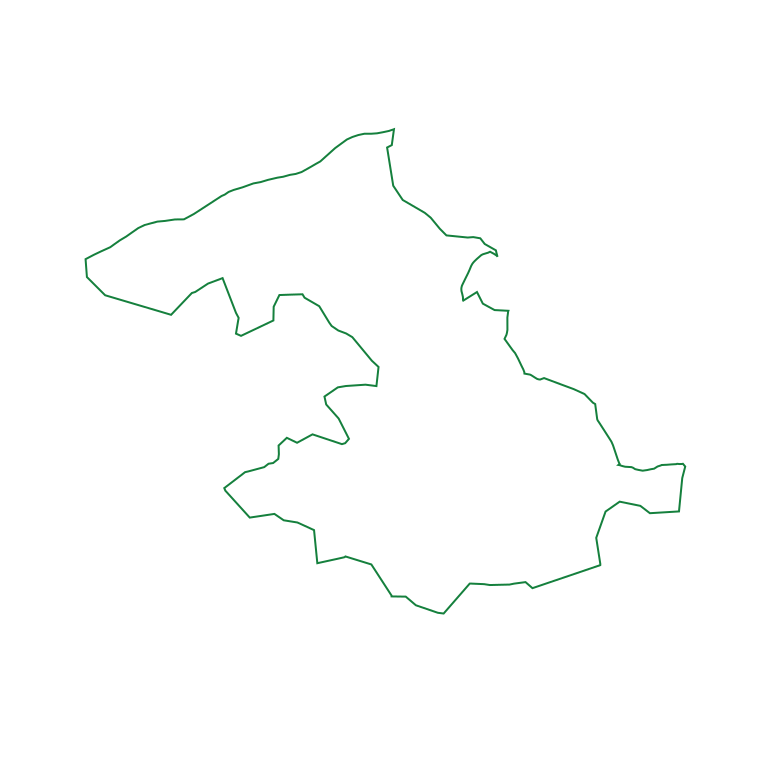 Isiala-Ngwa South, Abia, Nigeria (Robinson projection), rotated 53°
{"feature_id": "59680162B80116312922204", "entity_name": "Isiala-Ngwa South", "entity_type": "district", "adm_level": 2, "iso_a3": "NGA", "parent_name": "Nigeria", "parent_adm1": "Abia", "projection": "robinson", "projection_center": [7.387, 5.279], "detail": "fine", "context": "isolated", "style": "outline", "palette": "green", "viewbox_px": 768, "rotation_deg": 53, "n_neighbors": 0, "source": "geoboundaries", "source_scale": "gbopen_adm2", "svg_char_len": 3129}
<svg xmlns="http://www.w3.org/2000/svg" viewBox="0 0 768 768"><g transform="rotate(53 384 384)"><path d="M119.8,556.9L145.3,553.3L193.0,518.0L200.6,512.4L195.7,482.7L196.9,479.4L197.9,464.1L202.3,449.2L238.1,459.4L243.7,460.3L244.7,461.3L245.0,461.7L254.7,471.9L259.5,469.2L266.7,434.1L255.9,425.6L250.0,414.0L256.5,404.7L263.3,395.1L267.3,395.5L282.9,388.9L302.2,390.8L302.9,390.8L306.2,390.9L313.8,388.3L320.9,383.8L327.5,381.1L358.1,379.7L367.1,378.1L381.1,391.3L373.4,399.2L362.7,415.6L358.9,422.9L358.2,439.1L365.6,442.5L384.3,441.0L406.7,445.0L407.9,450.6L406.7,453.8L381.2,471.4L378.6,488.8L368.5,494.0L369.7,505.2L376.8,510.2L380.2,513.5L380.4,520.1L378.2,524.2L378.3,529.7L372.1,545.1L370.8,548.0L371.0,574.2L373.7,574.9L409.9,571.6L414.8,562.6L421.8,549.7L432.5,546.1L442.5,536.5L458.6,527.8L487.0,545.1L490.7,537.0L495.4,526.8L498.2,520.6L498.6,519.6L498.5,518.6L520.5,502.7L557.5,505.3L558.2,505.8L566.9,494.6L579.9,491.7L599.1,478.7L603.2,474.5L595.0,435.7L595.7,434.7L604.1,424.5L608.3,420.4L613.8,412.7L619.4,404.9L619.6,404.7L621.7,400.3L627.4,390.2L636.4,388.3L658.8,320.3L658.0,319.6L634.6,307.1L619.2,283.8L619.8,266.6L635.6,252.6L647.2,249.4L663.3,225.1L638.6,202.4L631.2,193.1L627.6,193.3L627.1,194.3L625.9,196.0L624.1,198.0L623.9,198.8L621.1,203.0L618.8,206.6L617.5,208.5L615.8,211.0L615.6,212.0L614.5,215.2L614.2,219.2L612.7,222.1L611.1,225.6L608.9,229.6L605.5,232.7L603.1,234.7L600.8,235.5L599.3,236.4L595.2,241.2L593.0,243.0L590.4,244.8L589.7,245.5L589.6,243.9L589.1,243.9L585.1,242.8L574.4,239.2L570.8,238.0L567.0,237.1L563.6,236.8L550.1,235.8L543.1,235.3L542.0,235.3L541.0,235.1L540.4,234.9L527.1,227.4L524.7,228.4L522.4,228.7L512.7,229.9L502.2,235.6L491.0,242.8L475.6,252.6L474.4,256.6L473.6,257.5L472.2,258.6L470.2,259.4L465.6,261.1L464.4,261.7L460.2,265.6L459.0,264.8L456.3,264.0L452.0,263.2L444.2,261.6L438.2,260.7L434.2,260.9L429.4,260.8L420.5,260.6L418.4,256.6L417.1,255.0L415.1,252.9L412.7,251.1L405.2,245.5L400.8,241.2L400.4,240.6L391.5,251.2L379.3,256.7L366.5,254.4L365.8,262.6L365.1,270.5L364.5,270.4L363.6,269.7L362.0,268.6L359.1,267.3L356.4,266.2L354.7,265.1L353.7,264.2L352.4,262.6L351.2,260.3L348.5,255.0L346.0,250.0L344.4,247.1L342.1,243.2L341.1,240.9L340.7,239.4L340.4,237.8L340.0,234.5L339.6,228.7L339.9,227.0L340.5,225.3L341.8,221.8L342.2,219.7L346.3,217.8L349.4,216.7L350.7,216.8L346.8,215.2L344.6,214.2L332.8,219.3L325.6,219.4L320.4,224.3L317.4,229.0L302.9,244.7L300.8,245.0L293.5,246.0L279.4,246.6L271.9,248.4L248.3,258.3L231.2,257.3L197.0,239.2L197.9,234.0L186.5,222.7L185.5,225.8L184.9,227.7L182.2,233.5L179.6,238.7L176.3,243.8L172.4,248.9L169.7,254.7L167.7,260.6L166.4,266.5L166.3,273.1L166.2,281.1L167.3,294.0L167.9,300.8L167.9,301.0L167.2,306.1L166.5,312.0L165.1,322.3L163.1,328.1L160.4,333.2L158.9,337.0L157.8,339.8L155.1,344.9L151.2,353.7L148.5,361.0L145.2,367.6L141.8,378.6L138.5,387.4L137.1,392.5L136.9,397.2L136.1,400.6L133.8,433.5L132.1,444.7L126.8,451.9L122.0,460.7L117.9,467.3L113.0,479.4L111.6,486.3L111.3,494.5L111.1,501.1L110.3,508.5L110.1,515.1L110.0,520.3L107.7,530.6L106.2,538.0L104.7,547.2L119.8,556.9Z" fill="none" stroke="#15803d" stroke-width="2"/></g></svg>